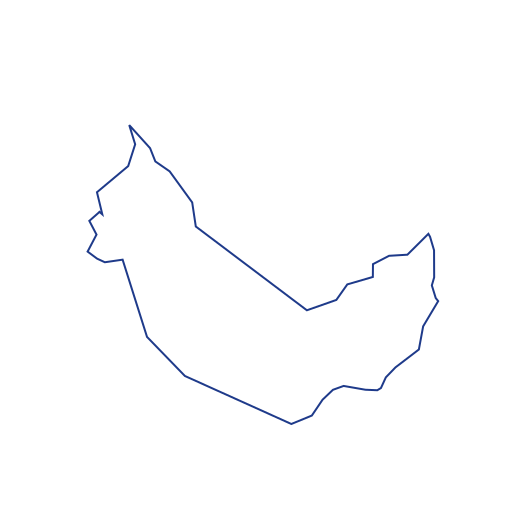 outline of Chowan, North Carolina, United States of America, rotated 314°
{"feature_id": "52423323B33793433125252", "entity_name": "Chowan", "entity_type": "district", "adm_level": 2, "iso_a3": "USA", "parent_name": "United States of America", "parent_adm1": "North Carolina", "projection": "robinson", "projection_center": [-76.579, 36.178], "detail": "fine", "context": "isolated", "style": "outline", "palette": "blue", "viewbox_px": 512, "rotation_deg": 314, "n_neighbors": 0, "source": "geoboundaries", "source_scale": "gbopen_adm2", "svg_char_len": 739}
<svg xmlns="http://www.w3.org/2000/svg" viewBox="0 0 512 512"><g transform="rotate(314 256 256)"><path d="M142.2,131.8L143.7,143.5L146.5,151.6L160.7,162.6L122.1,233.8L120.3,288.2L159.7,398.1L180.0,407.0L198.9,403.7L213.2,404.3L223.4,409.3L235.8,427.6L243.7,436.5L247.8,437.6L258.9,433.7L272.8,433.7L301.9,438.1L321.5,425.1L350.1,418.4L350.6,414.5L357.0,402.9L364.4,399.0L383.8,380.1L390.7,367.9L391.7,364.6L362.1,364.0L348.6,351.6L331.4,345.8L322.1,354.6L299.0,341.4L280.2,344.3L252.3,330.3L235.4,192.2L250.2,172.9L256.9,135.1L254.1,117.9L260.0,104.9L262.1,73.9L252.4,91.5L231.9,101.6L191.4,97.3L179.2,116.5L179.0,112.7L178.8,112.7L178.7,112.8L165.5,111.7L160.6,126.4L142.2,131.8Z" fill="none" stroke="#1e3a8a" stroke-width="2"/></g></svg>